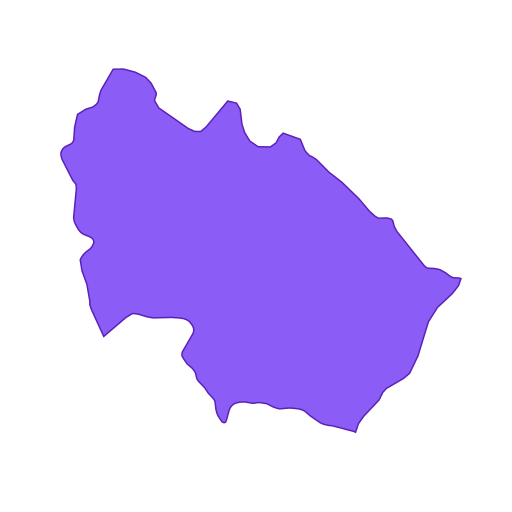 the border of Campobasso, rotated 97°
{"feature_id": "ITA-5401", "entity_name": "Campobasso", "entity_type": "Province", "adm_level": 1, "iso_a3": "ITA", "parent_name": "Italy", "parent_adm1": "", "projection": "mercator", "projection_center": [14.809, 41.724], "detail": "fine", "context": "isolated", "style": "filled", "palette": "violet", "viewbox_px": 512, "rotation_deg": 97, "n_neighbors": 0, "source": "natural_earth", "source_scale": "10m", "svg_char_len": 2377}
<svg xmlns="http://www.w3.org/2000/svg" viewBox="0 0 512 512"><g transform="rotate(97 256 256)"><path d="M253.5,49.8L260.8,51.4L269.4,56.6L284.9,69.6L300.4,76.9L335.5,83.1L353.6,89.2L359.6,94.7L371.4,110.3L376.0,113.6L383.9,116.3L401.8,129.5L410.0,133.9L418.8,135.7L418.2,137.5L415.2,159.8L415.3,163.0L414.8,168.1L413.8,171.7L408.3,182.3L404.1,188.6L403.1,191.3L402.5,194.9L402.6,201.4L402.9,205.0L404.9,214.2L404.5,217.0L403.6,221.0L401.3,227.2L401.0,233.4L401.4,236.9L402.2,239.3L402.6,241.7L402.2,249.4L403.1,254.6L404.5,258.2L405.6,259.9L406.8,261.2L408.5,262.4L410.3,263.3L412.5,263.9L422.5,265.3L424.7,266.0L425.4,267.4L424.7,269.6L419.3,274.2L417.1,275.5L413.4,277.0L405.4,279.0L403.7,280.1L402.0,281.8L397.9,286.7L392.9,291.0L387.4,297.8L385.7,299.3L384.0,300.2L380.1,301.5L377.8,303.0L375.2,305.6L371.5,311.2L366.4,315.7L364.1,317.3L361.8,317.6L359.9,317.3L340.4,309.0L338.2,308.7L336.1,308.9L334.4,309.6L332.7,310.7L329.9,313.3L328.7,314.9L327.7,317.1L327.0,319.9L326.8,324.5L327.3,332.7L329.9,350.2L329.9,352.6L329.5,357.7L328.2,364.9L328.0,367.5L328.0,369.8L328.2,371.8L333.0,377.7L354.4,397.3L328.9,413.0L324.6,415.0L321.2,415.4L304.7,420.4L291.9,426.9L281.2,430.0L279.1,429.3L275.6,427.5L272.6,425.1L269.9,422.3L268.3,420.9L266.2,419.7L262.8,418.6L260.6,419.0L258.9,420.1L257.9,421.7L257.1,423.7L255.3,430.3L253.9,432.8L251.5,435.4L246.3,439.2L243.2,440.8L240.3,441.7L211.3,442.5L208.2,443.0L206.5,443.7L203.1,447.2L183.5,460.4L180.1,461.8L177.1,462.2L175.0,461.6L173.1,460.7L171.6,459.6L170.4,458.2L167.3,453.3L165.6,451.8L163.2,451.0L150.3,451.7L145.0,451.2L137.2,450.4L131.0,442.8L128.1,436.2L125.1,433.1L122.5,431.5L114.8,430.9L110.2,430.0L88.0,420.5L86.6,410.2L88.3,398.1L92.2,387.2L97.3,381.1L106.1,375.0L108.2,374.7L112.6,375.6L114.4,375.5L120.9,370.5L137.6,339.0L139.8,332.3L139.2,326.1L134.1,321.3L105.6,302.9L106.7,293.9L112.3,289.6L126.9,286.0L135.0,282.2L142.7,276.1L147.3,267.2L146.0,255.0L141.3,249.9L134.9,247.4L130.8,244.0L134.8,226.2L145.3,220.4L147.4,218.2L149.8,215.2L150.9,211.9L152.9,207.8L164.0,193.7L172.3,179.8L186.6,160.9L197.5,149.1L201.9,142.9L203.5,139.4L203.3,137.1L202.5,132.5L202.3,129.8L202.9,126.1L204.4,124.5L210.0,122.3L214.4,119.2L245.2,87.8L247.0,84.9L247.1,82.7L246.7,78.2L246.9,73.5L247.4,71.1L249.6,65.7L252.0,61.7L253.1,59.2L253.5,57.4L253.1,51.6L253.5,49.8Z" fill="#8b5cf6" stroke="#5b21b6" stroke-width="1.5"/></g></svg>